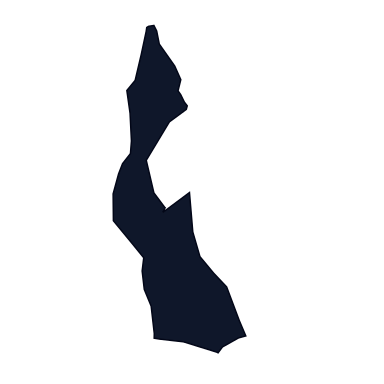 SVG path tracing the border of Kotor, rotated 195°
{"feature_id": "MNE-1507", "entity_name": "Kotor", "entity_type": "Municipality", "adm_level": 1, "iso_a3": "MNE", "parent_name": "Montenegro", "parent_adm1": "", "projection": "albers", "projection_center": [18.686, 42.45], "detail": "fine", "context": "isolated", "style": "filled", "palette": "ink", "viewbox_px": 384, "rotation_deg": 195, "n_neighbors": 0, "source": "natural_earth", "source_scale": "10m", "svg_char_len": 770}
<svg xmlns="http://www.w3.org/2000/svg" viewBox="0 0 384 384"><g transform="rotate(195 192 192)"><path d="M102.8,66.9L109.3,63.1L122.5,50.2L125.2,43.4L126.3,43.7L161.5,45.1L184.8,41.6L190.7,41.0L191.8,45.5L201.9,71.2L212.9,85.6L219.7,102.8L221.6,116.0L236.8,127.0L260.5,143.9L267.7,169.8L267.6,190.5L266.4,201.4L261.4,213.2L263.7,225.6L272.2,252.0L281.2,273.2L275.8,285.1L276.6,311.4L277.8,335.0L278.3,339.2L276.8,340.8L271.9,343.0L267.8,338.4L261.9,326.4L241.3,309.2L231.9,297.6L231.7,286.1L228.1,283.1L222.7,276.9L218.9,274.0L218.9,270.4L219.0,270.2L232.0,253.9L244.4,210.8L228.6,181.3L214.0,169.8L213.9,169.8L215.0,164.6L194.3,190.8L180.9,153.6L167.6,131.6L150.1,119.2L134.0,109.3L113.1,80.1L102.8,66.9Z" fill="#0f172a" stroke="#020617" stroke-width="1.5"/></g></svg>